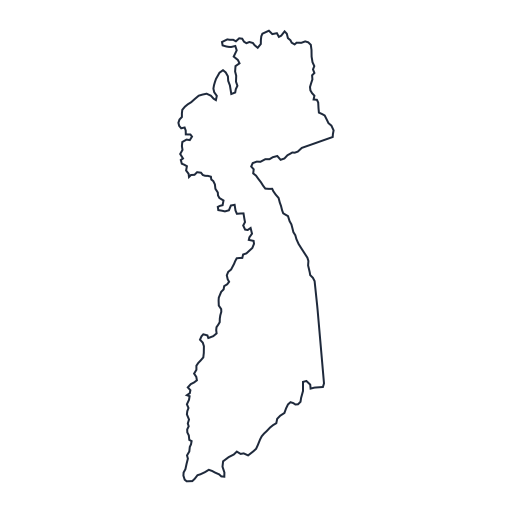 outline of Guarinos, Goiás, Brazil
{"feature_id": "56859067B11606390380719", "entity_name": "Guarinos", "entity_type": "district", "adm_level": 2, "iso_a3": "BRA", "parent_name": "Brazil", "parent_adm1": "Goiás", "projection": "natural_earth1", "projection_center": [-49.746, -14.703], "detail": "fine", "context": "isolated", "style": "outline", "palette": "slate", "viewbox_px": 512, "rotation_deg": 0, "n_neighbors": 0, "source": "geoboundaries", "source_scale": "gbopen_adm2", "svg_char_len": 4184}
<svg xmlns="http://www.w3.org/2000/svg" viewBox="0 0 512 512"><path d="M218.8,305.6L221.2,309.1L221.3,311.8L220.3,315.3L219.8,318.6L219.7,322.2L218.3,324.6L216.5,327.2L216.2,330.1L216.6,333.4L213.2,336.2L208.3,338.0L207.4,335.4L203.3,334.3L201.5,336.3L200.0,339.7L202.8,342.7L203.9,346.2L203.8,353.0L203.3,357.4L200.8,360.3L198.3,362.9L196.4,365.7L196.4,369.8L194.1,373.6L196.3,376.9L196.9,380.3L194.0,382.5L190.8,384.1L187.8,387.4L190.4,390.2L189.8,393.2L186.9,395.2L189.6,396.2L189.0,399.8L186.9,404.3L188.5,408.0L187.3,411.1L186.9,414.4L189.0,419.5L187.8,423.5L188.7,426.3L187.2,429.4L187.3,432.4L188.8,435.4L189.3,439.9L191.6,441.1L191.0,444.4L189.8,446.9L189.3,451.5L187.0,455.4L187.9,458.6L186.6,463.7L185.4,469.2L183.6,472.5L183.4,475.6L184.7,479.7L186.7,481.3L192.3,481.1L194.7,478.8L197.5,475.2L200.4,474.3L204.9,472.2L208.8,469.8L212.2,471.0L214.9,472.5L219.2,474.4L221.3,476.4L224.3,476.7L224.4,472.5L222.5,466.7L223.1,461.3L228.7,457.1L233.8,454.5L236.8,451.6L240.6,453.9L243.7,453.4L248.1,455.4L251.2,453.0L253.5,451.2L256.1,448.8L257.8,445.1L260.1,439.4L261.7,436.3L264.1,433.5L266.6,431.2L270.1,427.5L273.1,425.1L276.3,423.2L277.2,418.8L280.2,415.7L284.4,413.0L286.1,408.3L288.0,404.4L290.5,402.2L293.3,403.1L295.4,404.5L298.0,404.3L300.5,401.8L301.1,397.9L303.0,391.0L303.0,381.9L306.4,381.0L310.2,384.6L310.6,388.6L314.5,387.6L322.9,387.0L324.0,383.4L317.6,310.0L317.2,305.8L314.6,281.1L312.9,277.8L310.2,275.1L309.7,272.2L309.0,269.2L308.1,265.4L308.4,261.0L307.4,257.7L301.7,248.9L298.6,244.0L296.4,239.1L295.3,235.2L293.4,232.2L292.3,227.8L291.4,224.4L289.6,221.2L288.0,216.1L285.7,214.8L283.2,213.3L282.1,210.3L281.0,205.9L279.8,202.6L278.6,198.0L275.6,194.5L273.3,191.2L272.2,188.8L269.1,188.9L265.3,188.6L263.1,185.7L260.9,182.2L258.2,178.7L256.0,175.6L253.2,173.4L253.7,169.3L251.2,166.5L252.7,163.1L256.8,161.6L260.4,161.8L265.3,159.2L269.5,159.2L272.8,157.2L277.3,156.0L280.6,159.8L284.4,158.5L287.5,155.2L290.1,153.8L292.3,152.5L294.7,152.7L297.8,151.6L301.8,147.9L332.7,137.0L332.9,134.2L333.6,130.4L331.4,125.6L328.5,123.2L326.9,119.9L324.7,115.5L322.2,114.1L318.9,112.6L318.5,108.1L318.2,102.5L316.9,99.8L313.6,99.5L314.4,95.7L312.0,93.1L310.4,90.4L310.0,87.0L311.2,83.0L312.4,79.4L312.1,75.3L314.4,73.0L313.0,69.4L314.3,66.1L312.5,62.2L311.6,56.6L311.5,50.0L310.8,44.8L308.2,42.3L305.2,41.4L301.4,42.8L296.6,42.7L294.6,44.4L291.7,42.7L290.4,40.2L287.9,38.1L286.8,33.7L284.6,31.4L281.2,35.7L278.9,36.9L276.9,33.2L272.3,34.1L268.9,30.7L262.4,33.7L261.3,36.3L260.9,39.7L260.8,44.0L257.7,47.8L254.6,45.2L252.9,43.0L249.4,42.0L246.4,43.2L244.0,41.7L242.2,38.7L239.2,38.3L235.9,41.3L233.2,39.8L229.8,39.8L227.3,39.4L222.0,42.0L222.6,45.4L226.4,46.5L228.8,46.9L231.1,47.0L235.3,46.0L236.7,50.3L233.7,56.6L237.9,60.0L239.5,63.3L235.5,66.1L235.1,71.5L236.2,75.8L236.0,81.7L237.4,85.8L235.8,89.2L235.2,92.5L231.3,94.0L229.9,85.4L228.2,80.9L227.9,76.3L225.7,72.4L223.0,70.2L219.5,72.7L216.0,78.9L214.9,82.1L214.0,85.2L213.4,88.6L214.2,92.2L216.8,95.9L215.9,100.1L213.6,98.7L210.9,95.7L206.6,93.7L202.4,94.6L198.7,95.7L195.0,98.8L191.2,102.2L187.8,104.3L184.9,106.7L182.3,109.8L181.9,113.2L181.9,117.0L179.5,119.5L178.4,122.8L179.2,125.9L181.2,128.3L184.6,127.5L185.7,130.5L185.8,134.4L190.4,134.5L192.0,136.6L189.8,140.1L186.5,139.6L182.3,142.0L181.9,146.1L182.5,149.9L180.2,154.0L183.0,158.5L180.8,160.0L181.8,163.7L184.2,164.7L186.9,166.2L186.1,170.5L188.6,173.8L189.0,177.0L191.0,175.0L194.5,174.8L197.1,172.2L201.0,172.7L202.8,175.0L205.1,175.8L208.0,175.9L210.9,176.7L211.3,179.5L213.3,181.1L214.9,184.4L215.4,188.8L217.8,192.5L218.0,195.4L219.4,198.0L223.5,200.5L222.6,205.2L220.1,205.8L217.8,206.9L218.3,210.1L221.9,210.7L224.9,211.4L228.9,210.3L230.9,205.5L234.6,204.8L235.5,210.5L236.9,213.8L240.5,213.5L243.5,213.4L244.4,219.0L245.0,222.1L243.2,225.5L245.1,229.6L247.7,230.0L250.6,228.0L252.0,233.7L249.4,237.3L248.8,239.9L253.6,240.9L254.0,243.8L252.3,248.0L250.0,250.1L246.4,253.4L243.1,254.5L242.3,257.9L239.2,258.0L236.7,258.3L235.1,261.3L234.1,263.8L231.1,269.5L228.2,271.9L226.8,275.3L227.7,279.3L229.1,281.8L227.2,284.3L224.2,286.1L223.6,289.4L221.2,291.8L218.8,297.6L218.6,300.5L218.8,305.6Z" fill="none" stroke="#1e293b" stroke-width="2"/></svg>